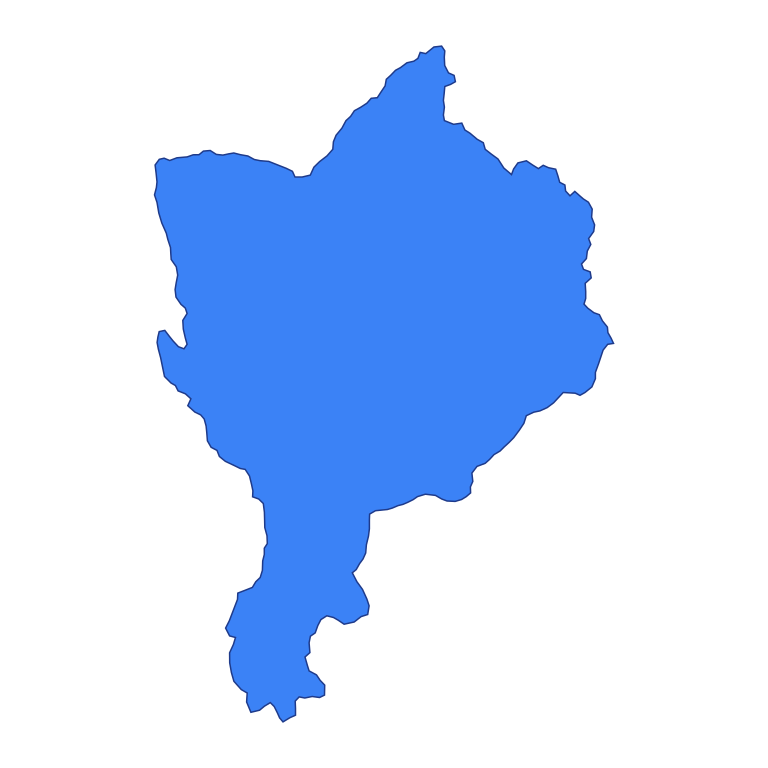 the district of Capão Bonito do Sul, Rio Grande do Sul, Brazil
{"feature_id": "56859067B51661934602442", "entity_name": "Capão Bonito do Sul", "entity_type": "district", "adm_level": 2, "iso_a3": "BRA", "parent_name": "Brazil", "parent_adm1": "Rio Grande do Sul", "projection": "orthographic", "projection_center": [-51.394, -28.175], "detail": "fine", "context": "isolated", "style": "filled", "palette": "blue", "viewbox_px": 768, "rotation_deg": 0, "n_neighbors": 0, "source": "geoboundaries", "source_scale": "gbopen_adm2", "svg_char_len": 3708}
<svg xmlns="http://www.w3.org/2000/svg" viewBox="0 0 768 768"><path d="M613.5,343.4L611.1,338.2L607.9,332.6L607.4,327.1L602.4,320.8L599.4,314.7L593.8,312.7L587.7,308.1L584.0,304.1L585.7,298.5L585.7,291.5L585.2,283.3L591.2,277.9L590.2,271.9L583.5,269.4L581.5,264.0L586.4,258.6L587.3,251.1L590.8,244.4L588.6,238.6L593.7,231.5L594.6,224.9L591.6,217.2L592.2,209.1L588.4,202.2L583.3,198.9L579.4,195.5L574.8,191.4L570.0,195.8L565.6,191.0L564.9,185.0L559.7,182.3L557.9,175.9L555.7,169.2L548.5,167.7L543.2,165.3L538.4,168.6L532.6,165.0L526.4,160.8L517.9,162.9L513.6,169.0L511.5,174.6L503.8,168.0L498.0,159.0L491.3,154.1L485.2,149.3L483.3,142.7L477.2,139.3L470.1,133.3L464.9,130.0L461.8,123.1L453.6,124.3L444.4,120.6L443.4,115.0L444.4,107.1L443.4,100.4L444.2,93.2L444.8,86.5L450.6,84.4L455.4,81.7L454.1,75.4L448.5,72.9L444.7,65.5L444.3,57.2L444.8,50.9L441.6,46.1L433.9,47.0L425.8,53.6L420.2,52.4L417.9,58.4L413.8,61.2L406.9,62.8L400.5,67.6L395.5,70.3L390.7,75.3L386.3,79.3L385.1,85.9L381.0,92.0L377.3,97.7L371.2,98.3L366.9,103.2L360.6,107.3L354.4,110.7L350.6,116.4L346.0,120.6L341.9,128.2L336.1,135.2L333.4,141.8L332.8,149.3L327.0,155.9L319.6,161.6L313.9,167.2L310.3,175.1L302.2,177.0L295.0,177.0L292.4,171.3L286.2,168.3L280.6,166.1L275.3,164.0L268.7,161.4L260.2,160.7L254.3,159.5L247.9,156.0L240.5,154.7L233.8,153.0L228.5,153.9L222.9,155.1L216.3,154.4L210.2,150.5L203.4,151.1L199.0,154.7L193.2,154.8L187.2,156.9L176.9,157.8L169.7,160.5L164.1,158.2L159.3,159.3L155.1,165.0L156.1,173.1L157.0,181.9L156.4,187.5L154.5,194.9L157.0,202.4L158.8,213.0L161.8,223.0L166.3,233.2L167.8,239.3L170.5,247.6L170.8,253.5L171.2,259.5L176.3,266.8L177.7,275.1L176.2,282.8L175.1,289.6L176.0,297.1L181.0,304.4L185.3,308.1L187.1,313.5L182.8,320.4L183.3,329.1L185.3,337.9L187.1,344.3L184.0,348.8L178.4,346.7L173.1,341.0L169.4,336.4L164.8,330.4L159.2,331.6L157.9,337.0L157.1,342.5L158.4,349.3L160.6,357.6L164.5,376.5L171.0,383.0L175.4,385.5L178.1,390.9L185.4,393.8L190.9,398.8L187.8,405.7L194.9,412.1L200.7,414.9L204.2,419.0L206.1,426.0L206.8,433.0L207.4,440.8L211.1,447.3L217.0,450.4L219.4,456.5L225.3,461.3L234.8,465.8L240.3,468.5L245.2,469.4L249.5,476.0L251.5,484.2L252.9,490.8L252.6,496.8L258.7,499.0L263.3,503.5L264.4,512.2L264.6,519.3L264.8,527.6L267.0,535.7L267.3,543.6L264.3,548.2L264.3,554.5L262.7,560.9L262.4,570.4L260.2,577.5L255.8,581.7L252.4,587.4L244.8,590.4L237.8,593.1L237.5,599.4L229.3,620.8L225.6,628.1L229.6,635.9L235.5,637.5L233.4,644.5L229.6,652.8L229.7,662.8L231.4,672.5L233.9,681.3L241.3,689.6L247.2,693.0L246.6,702.0L250.9,712.3L259.6,710.2L264.4,706.2L270.3,702.6L274.2,706.5L277.4,712.9L279.6,717.9L283.0,721.9L289.9,717.7L295.5,715.2L295.5,708.3L295.2,701.1L299.2,696.9L304.8,698.0L312.2,696.5L319.6,697.5L324.5,695.1L324.7,685.1L320.1,680.3L316.5,674.9L309.1,670.9L307.4,665.5L305.0,657.0L309.9,652.6L309.1,642.8L310.4,636.2L315.2,632.9L317.8,625.6L320.9,619.6L326.8,615.8L333.5,617.5L338.2,620.2L344.1,624.2L354.2,622.0L361.1,616.6L367.7,614.5L369.1,605.8L366.9,599.1L362.5,589.4L356.9,581.7L352.3,572.8L356.2,569.6L359.6,563.6L363.0,559.0L365.7,553.0L366.4,544.7L368.5,536.0L369.4,528.8L369.4,519.7L369.6,514.1L375.5,510.7L387.4,509.5L392.2,508.1L398.1,505.6L402.9,504.4L407.8,502.3L413.2,499.6L417.5,496.6L425.4,494.2L435.5,495.4L441.7,499.0L447.0,501.0L455.2,501.4L461.6,499.5L466.3,496.6L470.6,492.9L470.4,486.9L472.8,481.4L471.9,473.1L477.0,466.4L485.2,463.3L489.6,459.4L494.0,454.6L500.1,451.0L504.2,446.9L509.2,442.3L513.7,437.7L519.3,430.2L523.9,423.3L526.3,415.7L533.7,412.2L539.9,410.9L547.2,407.6L553.6,402.8L563.2,392.5L575.2,393.2L580.0,395.3L585.0,392.5L591.9,386.9L595.4,378.7L595.4,372.4L598.6,363.6L603.1,350.1L607.7,344.3L613.5,343.4Z" fill="#3b82f6" stroke="#1e3a8a" stroke-width="1.5"/></svg>